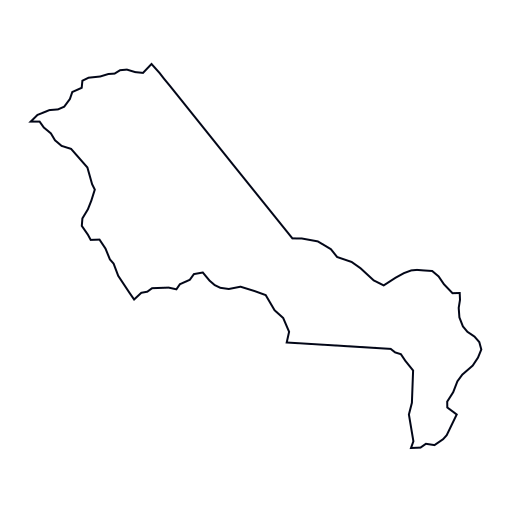 outline of Tuparetama, Pernambuco, Brazil
{"feature_id": "56859067B75431744769598", "entity_name": "Tuparetama", "entity_type": "district", "adm_level": 2, "iso_a3": "BRA", "parent_name": "Brazil", "parent_adm1": "Pernambuco", "projection": "mercator", "projection_center": [-37.256, -7.697], "detail": "fine", "context": "isolated", "style": "outline", "palette": "ink", "viewbox_px": 512, "rotation_deg": 0, "n_neighbors": 0, "source": "geoboundaries", "source_scale": "gbopen_adm2", "svg_char_len": 1453}
<svg xmlns="http://www.w3.org/2000/svg" viewBox="0 0 512 512"><path d="M456.7,414.5L447.3,407.5L447.2,401.6L453.2,392.2L457.4,381.3L462.3,374.6L472.7,365.6L478.0,357.6L481.3,349.5L479.3,342.1L474.5,336.6L467.4,331.8L462.9,326.4L459.4,317.4L458.7,307.9L460.0,299.8L459.7,293.0L452.5,293.2L443.9,284.2L438.6,276.4L432.2,271.0L423.3,270.4L417.0,269.9L411.3,270.4L404.0,273.1L395.6,277.7L383.7,285.4L373.7,280.4L360.6,268.3L351.7,262.0L337.1,257.0L330.9,249.2L317.8,241.4L301.9,238.5L292.4,238.4L232.2,163.6L170.1,86.1L163.9,78.6L159.5,72.9L151.5,64.0L143.0,72.9L135.2,72.1L126.9,69.6L120.1,70.2L114.6,73.6L108.4,74.0L100.2,76.5L88.6,77.7L82.4,80.7L81.7,87.8L72.3,92.0L69.9,99.0L64.2,106.7L58.0,109.4L49.4,110.1L37.5,114.9L30.7,121.6L39.6,121.6L43.8,127.5L50.9,133.4L55.0,140.3L61.6,145.9L71.1,148.9L87.4,167.5L92.1,184.2L94.8,189.6L91.3,200.7L87.9,209.3L82.4,218.4L81.8,225.9L87.9,234.7L90.7,239.9L99.5,239.6L105.5,248.6L109.9,259.4L113.6,263.6L118.2,275.8L129.2,292.4L134.1,299.5L141.3,292.8L147.3,291.7L152.1,288.2L168.6,287.6L176.4,289.3L179.9,284.2L189.8,279.8L193.9,274.1L202.8,272.5L209.6,280.7L214.7,285.1L220.3,287.8L228.8,289.0L240.5,286.7L254.7,291.1L265.7,295.1L274.6,310.3L283.2,318.0L289.1,331.8L286.7,342.5L390.7,348.9L395.1,352.4L400.9,354.2L405.3,360.8L413.1,370.5L411.9,402.8L408.9,414.5L413.4,441.3L411.0,448.0L420.5,447.6L425.9,443.8L434.5,445.1L443.1,439.2L446.7,435.2L456.7,414.5Z" fill="none" stroke="#020617" stroke-width="2"/></svg>